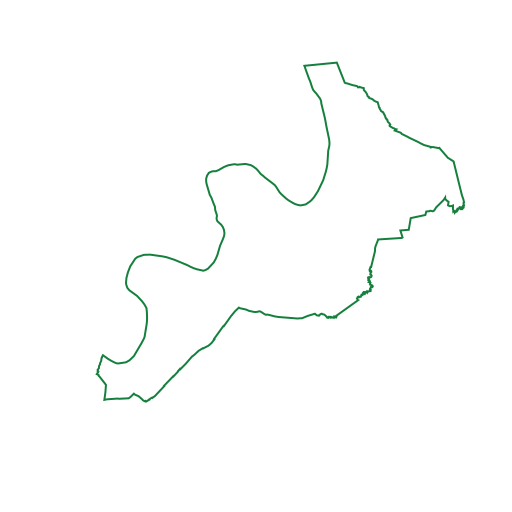 the district of Naujenes pag., Daugavpils, Latvia, rotated 137°
{"feature_id": "27541924B441018999347", "entity_name": "Naujenes pag.", "entity_type": "district", "adm_level": 2, "iso_a3": "LVA", "parent_name": "Latvia", "parent_adm1": "Daugavpils", "projection": "orthographic", "projection_center": [26.722, 55.924], "detail": "fine", "context": "isolated", "style": "outline", "palette": "green", "viewbox_px": 512, "rotation_deg": 137, "n_neighbors": 0, "source": "geoboundaries", "source_scale": "gbopen_adm2", "svg_char_len": 5974}
<svg xmlns="http://www.w3.org/2000/svg" viewBox="0 0 512 512"><g transform="rotate(137 256 256)"><path d="M231.0,348.1L233.7,349.0L236.9,348.2L239.8,346.5L242.0,344.0L243.3,341.8L248.1,332.2L248.8,329.2L251.4,322.9L252.4,320.1L254.5,317.4L256.5,313.0L257.3,311.9L259.1,310.5L260.0,309.2L260.5,307.7L260.4,306.1L260.1,302.6L260.5,299.8L261.6,297.0L263.5,294.2L265.7,292.4L268.7,290.9L275.5,287.9L283.5,283.1L287.3,281.4L291.3,280.1L299.7,279.5L302.6,280.2L304.6,281.2L308.2,286.5L309.8,289.4L311.2,292.6L312.4,296.0L318.2,308.8L322.4,316.4L324.8,319.7L332.5,329.2L337.2,333.3L343.4,336.1L346.1,336.4L355.0,334.2L360.8,331.4L365.6,328.4L369.1,325.3L370.3,323.8L371.5,321.2L371.9,319.9L372.0,317.1L370.2,308.0L370.2,300.9L370.6,296.9L371.1,294.7L371.7,292.5L374.3,289.1L377.8,285.1L380.7,282.2L383.5,279.9L392.7,272.8L394.4,272.0L399.3,270.3L413.5,266.1L419.6,266.0L423.2,266.8L424.0,267.2L430.1,271.4L431.2,272.7L432.2,274.9L433.4,278.3L434.4,281.7L435.6,287.8L437.4,287.2L438.0,286.7L438.6,286.7L440.7,284.9L443.4,283.8L443.8,283.3L444.7,282.9L445.6,282.7L447.6,281.0L449.4,280.8L449.6,280.2L450.5,279.7L450.6,279.3L450.4,278.8L453.0,278.2L452.3,276.3L452.7,275.8L452.8,275.3L452.7,274.7L453.6,264.1L459.0,259.1L465.0,254.2L462.7,252.8L454.3,246.0L453.8,245.2L446.2,238.8L444.2,238.5L439.2,238.6L439.1,237.2L437.5,233.6L437.1,229.9L437.0,227.1L436.4,225.6L435.6,225.4L435.7,224.5L432.3,223.7L432.3,224.0L429.7,223.6L428.6,223.3L428.6,222.9L425.2,222.5L422.4,222.7L411.8,223.4L411.8,223.8L398.5,224.5L398.5,224.2L391.6,224.7L391.5,225.0L388.6,225.3L388.7,224.8L380.9,225.1L371.5,226.1L368.9,225.8L362.5,225.8L357.8,224.8L357.8,224.5L351.9,222.8L347.6,222.7L343.3,223.4L343.4,223.9L328.9,226.8L327.5,227.0L327.4,226.6L315.2,229.1L308.9,229.9L303.7,229.9L303.4,228.8L300.3,224.4L299.4,222.8L298.6,220.8L295.7,216.6L294.6,215.4L293.0,214.2L291.1,213.2L290.4,211.7L289.5,207.9L288.9,206.4L287.2,204.9L283.3,198.8L281.1,196.0L268.2,181.9L266.6,180.7L264.8,179.1L259.0,176.9L252.3,173.6L252.0,171.2L251.6,170.6L250.9,170.0L250.7,169.4L248.4,169.5L247.2,168.9L247.0,168.0L246.0,166.5L245.8,164.0L246.0,162.3L245.5,161.7L245.2,161.9L245.0,161.7L245.1,161.3L244.9,161.2L244.5,161.3L244.2,161.8L243.9,161.5L244.1,161.2L243.3,161.1L242.9,160.4L243.1,159.9L242.5,159.9L242.3,159.0L241.8,159.0L241.2,158.5L241.2,158.3L241.0,158.1L241.1,157.9L241.1,157.6L240.4,157.7L240.1,157.4L239.8,158.0L239.7,157.8L239.7,157.5L239.4,157.6L239.5,157.0L239.2,156.4L237.3,157.4L211.8,154.1L212.0,154.4L211.2,155.0L211.2,155.6L211.1,156.1L210.2,156.2L209.8,156.6L208.7,156.4L208.6,155.5L208.0,155.5L207.3,154.8L207.1,154.7L205.4,155.7L205.2,155.5L205.0,154.9L204.4,154.8L203.8,155.7L203.2,156.0L202.5,156.1L202.1,155.8L202.5,154.6L202.4,154.0L202.0,154.1L201.3,155.7L200.5,154.9L199.9,154.7L199.8,153.3L199.6,153.4L199.0,154.4L198.7,154.5L198.3,153.4L197.5,153.1L196.1,153.2L196.4,152.4L196.1,152.2L195.0,153.2L195.3,154.0L194.7,154.4L193.5,154.5L193.1,155.0L192.8,154.9L192.2,153.9L191.5,154.0L191.1,154.5L191.0,155.1L191.3,155.8L192.1,157.3L192.0,157.6L190.7,158.3L191.0,158.7L190.8,159.2L191.1,159.7L190.2,159.6L189.9,159.8L189.7,160.5L189.7,160.9L190.3,161.3L190.5,161.5L190.4,161.8L189.4,161.7L189.2,162.2L189.3,162.9L188.9,163.7L188.5,163.8L188.4,162.9L187.9,162.8L187.6,163.1L187.3,163.1L186.9,162.4L186.5,162.2L186.0,162.1L184.9,162.7L184.6,163.8L185.0,164.2L185.0,164.5L183.9,165.5L182.5,165.7L182.0,166.4L182.0,167.1L183.0,167.5L182.4,168.5L179.7,169.9L179.4,169.9L179.2,169.5L165.8,178.3L163.6,180.5L161.9,181.6L155.6,184.6L155.4,184.8L137.1,169.8L136.2,169.6L133.0,176.2L126.4,171.0L117.0,178.2L104.2,170.5L101.1,172.4L98.6,170.5L97.9,170.4L97.0,169.4L96.3,168.2L95.4,167.8L94.0,167.9L91.1,168.7L80.6,169.0L77.8,169.7L78.8,168.5L78.6,166.0L78.2,164.3L81.0,162.1L80.4,160.4L78.9,159.1L77.5,158.6L80.1,155.8L80.3,155.1L81.2,154.2L80.8,153.7L81.0,153.6L80.0,153.3L81.0,152.1L79.5,152.2L79.2,152.1L79.3,151.8L79.1,151.6L78.2,151.7L77.6,152.5L76.8,152.1L76.4,152.4L76.5,152.7L76.9,152.8L76.9,153.0L76.5,153.2L75.9,152.5L74.9,152.0L74.9,152.3L74.6,152.1L74.3,152.7L73.8,152.9L73.4,152.2L73.4,151.9L72.8,151.8L72.8,151.5L73.0,151.3L73.2,151.6L73.7,151.2L73.9,151.4L74.3,151.3L74.3,150.5L73.8,150.1L73.8,150.4L73.6,150.6L72.7,150.0L72.2,149.9L72.0,150.5L71.7,150.5L71.2,150.9L71.2,150.4L71.0,150.2L70.8,150.7L70.8,151.1L70.7,151.2L69.7,150.9L69.1,151.4L69.1,151.9L68.1,153.2L67.8,153.4L67.3,153.3L65.8,155.8L64.0,159.9L60.2,166.8L47.0,190.4L48.7,197.0L48.2,210.1L48.9,210.4L51.6,214.1L53.3,216.1L54.2,216.1L54.4,216.4L54.2,216.9L54.2,217.3L57.4,222.5L58.9,226.4L59.4,228.1L63.3,238.0L63.8,239.7L66.2,246.0L66.0,247.3L68.9,253.0L67.0,253.0L67.8,254.2L67.9,255.1L68.5,256.0L69.6,259.8L69.2,260.5L68.2,260.6L67.9,262.3L68.1,264.0L67.6,265.3L67.2,265.6L67.1,265.9L67.3,266.8L67.0,267.1L67.2,268.1L66.8,268.6L66.8,269.2L66.1,270.3L66.0,271.0L65.7,271.6L65.8,271.9L65.7,272.2L65.3,273.0L65.2,273.7L65.3,274.3L65.0,274.9L65.4,275.4L65.4,276.1L65.7,276.7L65.2,278.2L65.3,278.6L65.0,279.6L64.6,279.8L64.6,280.9L63.9,282.0L62.1,285.5L63.1,287.3L63.6,288.7L63.9,291.4L65.2,293.9L65.5,294.9L65.0,295.4L65.4,296.7L64.5,298.6L64.1,300.2L63.9,301.5L64.0,303.2L63.9,303.9L62.7,305.3L64.0,307.2L64.7,308.6L64.8,308.5L66.4,309.8L66.1,310.5L66.4,311.6L68.5,314.6L70.4,317.8L71.2,319.4L72.6,321.4L72.9,322.2L65.0,342.3L90.9,362.1L96.2,349.8L97.3,346.7L99.9,341.2L100.9,338.6L101.1,336.1L101.1,333.6L101.8,327.4L102.8,324.8L104.2,323.0L111.1,310.7L113.7,306.5L116.1,302.8L123.0,291.4L125.2,288.5L127.2,286.6L131.3,283.8L141.4,274.3L144.9,271.7L147.5,270.0L155.2,265.6L166.4,261.2L173.6,259.4L177.5,259.0L179.7,259.1L184.4,259.8L188.8,262.5L190.4,264.6L191.9,267.2L192.8,269.6L194.3,274.7L194.8,277.8L195.3,283.8L195.3,286.6L194.1,292.9L193.9,294.7L194.3,297.8L195.9,307.1L196.1,309.6L196.6,312.7L196.3,317.3L196.3,319.7L197.1,323.8L197.9,326.1L200.9,330.5L207.5,335.6L209.0,337.7L211.3,339.3L214.7,341.4L218.6,342.9L224.6,344.3L227.4,345.3L229.2,347.0L231.0,348.1Z" fill="none" stroke="#15803d" stroke-width="2"/></g></svg>